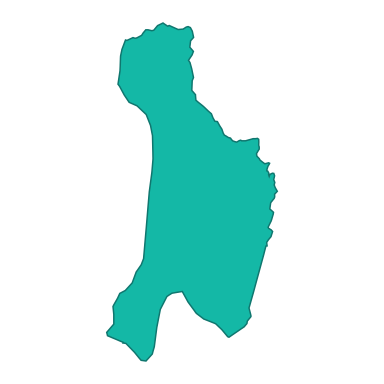 Panta, Bong, Liberia
{"feature_id": "62588387B50517390877930", "entity_name": "Panta", "entity_type": "district", "adm_level": 2, "iso_a3": "LBR", "parent_name": "Liberia", "parent_adm1": "Bong", "projection": "natural_earth1", "projection_center": [-9.186, 7.22], "detail": "fine", "context": "isolated", "style": "filled", "palette": "teal", "viewbox_px": 384, "rotation_deg": 0, "n_neighbors": 0, "source": "geoboundaries", "source_scale": "gbopen_adm2", "svg_char_len": 2740}
<svg xmlns="http://www.w3.org/2000/svg" viewBox="0 0 384 384"><path d="M273.5,212.3L269.8,208.9L270.7,202.7L274.2,198.3L274.7,196.9L274.6,194.2L277.3,191.3L275.2,187.6L274.2,185.0L274.8,182.4L273.7,179.6L274.6,175.8L273.8,173.4L272.4,173.2L269.9,174.4L269.2,176.4L268.6,174.6L268.8,173.1L267.7,171.1L266.8,170.8L267.0,169.3L267.9,166.4L269.2,164.2L269.6,163.3L268.6,162.8L266.4,163.4L265.1,163.7L264.7,163.7L262.9,162.4L261.4,161.2L260.2,160.2L259.9,159.9L259.3,158.7L257.5,156.8L256.9,156.2L256.5,153.6L258.2,150.7L259.2,149.1L259.2,147.0L258.7,145.3L258.8,142.0L258.7,139.3L257.5,138.4L255.3,138.7L253.1,138.7L245.6,140.8L241.7,140.8L240.7,140.2L239.3,140.6L236.7,142.1L235.0,141.7L232.6,140.8L231.4,139.4L230.5,138.1L228.3,137.5L226.0,136.0L225.1,135.5L224.4,135.2L223.2,133.1L221.9,129.2L219.7,125.8L217.4,121.6L214.8,121.2L212.9,117.7L211.4,113.8L208.2,111.0L203.4,106.4L198.3,102.3L195.9,100.2L195.5,95.6L195.5,94.7L191.8,90.4L192.2,80.7L193.5,77.5L191.7,68.8L190.0,62.6L188.5,60.3L192.1,54.9L193.4,51.4L189.8,47.2L190.6,40.8L193.6,37.4L192.3,31.2L190.4,27.6L188.1,26.6L186.2,27.1L183.1,29.1L178.1,29.5L169.2,25.5L167.7,26.2L164.1,23.8L163.0,23.0L157.6,25.6L153.7,30.3L151.8,30.7L148.0,29.8L145.8,29.8L143.2,32.9L141.6,35.4L136.8,37.9L135.1,38.3L133.0,37.6L127.0,40.4L125.5,40.0L122.0,49.3L120.6,55.9L120.5,57.6L120.2,66.7L120.0,70.9L118.0,84.2L119.5,86.2L124.2,94.9L124.3,95.1L129.2,102.4L137.0,105.8L146.1,114.4L146.3,114.7L150.3,124.9L150.5,125.4L152.5,135.7L152.9,152.2L153.0,158.9L152.9,160.3L151.9,172.2L149.3,191.8L148.0,207.1L147.9,208.4L146.2,228.7L146.1,229.7L143.6,258.6L141.3,264.6L140.8,265.4L136.2,272.0L132.2,282.9L125.3,290.5L119.8,293.4L117.6,298.2L113.9,304.7L113.0,306.5L113.8,314.5L113.8,321.2L113.8,324.1L106.7,332.4L107.3,334.7L107.5,335.7L123.3,342.4L123.0,343.0L125.9,343.4L134.5,352.3L137.1,355.5L139.2,358.1L141.1,360.3L146.0,361.0L152.3,354.0L153.1,350.9L153.8,348.5L154.3,346.7L155.0,341.3L156.8,327.4L160.3,309.4L166.9,296.5L167.8,295.9L168.8,295.2L172.0,293.2L177.8,292.2L179.7,291.9L182.3,291.5L184.7,295.9L188.1,302.1L193.7,309.7L195.0,311.5L195.3,312.0L196.4,313.4L202.2,317.8L203.9,319.1L204.8,319.4L210.9,321.8L215.6,323.7L221.9,329.7L227.7,336.7L228.2,336.9L229.0,337.2L230.3,336.3L232.9,334.5L243.7,327.1L244.1,326.9L246.7,323.8L246.9,323.6L247.3,321.1L250.8,316.8L251.0,316.1L250.5,313.8L250.1,312.3L249.0,308.0L252.1,297.0L253.3,292.8L256.6,280.6L258.2,274.8L261.2,263.8L263.8,254.3L264.5,251.5L265.9,246.1L267.1,245.9L266.7,242.8L266.8,242.2L268.4,239.8L270.8,236.9L271.0,236.6L272.1,233.1L272.3,232.4L272.6,231.5L271.8,230.6L271.3,230.0L271.2,229.9L268.6,228.3L268.1,227.3L268.3,226.8L271.2,220.9L271.7,219.3L273.2,214.2L273.5,212.3Z" fill="#14b8a6" stroke="#0f766e" stroke-width="1.5"/></svg>